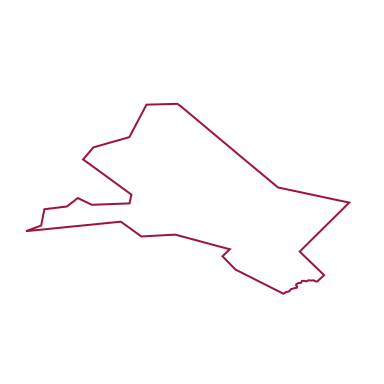 Nazaré do Piauí, Piauí, Brazil, rotated 100°
{"feature_id": "56859067B23275533922322", "entity_name": "Nazaré do Piauí", "entity_type": "district", "adm_level": 2, "iso_a3": "BRA", "parent_name": "Brazil", "parent_adm1": "Piauí", "projection": "natural_earth1", "projection_center": [-42.675, -7.077], "detail": "fine", "context": "isolated", "style": "outline", "palette": "rose", "viewbox_px": 384, "rotation_deg": 100, "n_neighbors": 0, "source": "geoboundaries", "source_scale": "gbopen_adm2", "svg_char_len": 821}
<svg xmlns="http://www.w3.org/2000/svg" viewBox="0 0 384 384"><g transform="rotate(100 192 192)"><path d="M250.9,47.5L232.0,75.6L222.0,68.5L219.4,66.7L175.1,35.3L174.6,51.5L172.6,108.1L147.9,151.3L139.6,165.6L138.5,167.6L109.7,217.6L107.7,221.7L113.9,252.0L148.8,263.2L165.2,296.9L178.9,304.9L182.4,297.5L205.1,251.2L214.1,251.6L222.0,288.5L217.8,303.4L228.0,312.7L234.6,334.4L251.2,334.7L259.4,348.7L233.6,257.0L237.5,248.8L244.6,234.2L238.6,208.5L236.9,201.0L240.8,157.1L241.8,144.8L250.0,150.8L260.9,135.6L276.3,84.3L275.2,83.0L274.1,81.9L273.6,80.1L272.4,78.6L270.6,77.8L268.8,74.1L268.1,72.2L266.8,72.0L265.8,73.4L264.5,73.1L263.2,71.4L262.4,68.8L260.4,68.2L260.0,65.9L260.1,63.5L258.9,62.3L258.5,60.8L258.5,59.1L257.9,57.3L258.4,55.5L258.5,53.2L250.9,47.5Z" fill="none" stroke="#9f1239" stroke-width="2"/></g></svg>